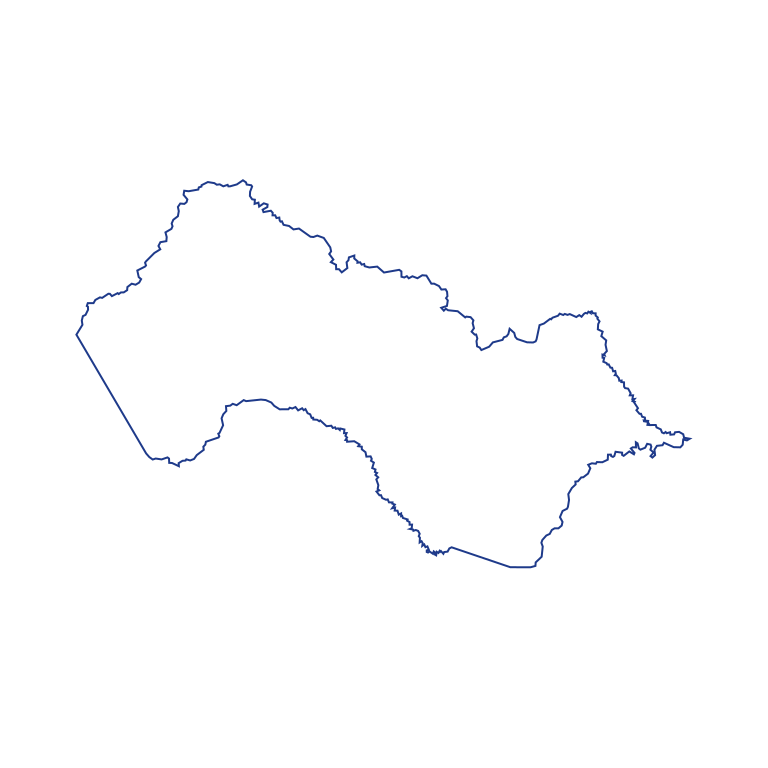 the district of Pauini, Amazonas, Brazil, rotated 19°
{"feature_id": "56859067B82057358167154", "entity_name": "Pauini", "entity_type": "district", "adm_level": 2, "iso_a3": "BRA", "parent_name": "Brazil", "parent_adm1": "Amazonas", "projection": "albers", "projection_center": [-67.726, -7.765], "detail": "fine", "context": "isolated", "style": "outline", "palette": "blue", "viewbox_px": 768, "rotation_deg": 19, "n_neighbors": 0, "source": "geoboundaries", "source_scale": "gbopen_adm2", "svg_char_len": 6148}
<svg xmlns="http://www.w3.org/2000/svg" viewBox="0 0 768 768"><g transform="rotate(19 384 384)"><path d="M77.1,437.5L181.7,527.1L185.9,529.5L189.9,530.7L192.4,528.8L198.3,527.7L203.2,523.9L205.0,524.5L206.6,528.5L209.3,527.7L216.8,528.5L215.6,525.7L218.5,522.2L221.3,521.0L221.6,519.6L225.6,519.4L228.8,516.7L230.1,512.2L235.0,504.9L233.6,502.1L234.8,499.5L234.4,496.6L245.0,488.4L245.3,487.0L243.5,484.9L244.4,483.8L245.3,475.4L241.6,469.3L241.9,464.9L243.7,460.8L241.8,456.4L245.7,454.5L247.4,452.0L251.6,452.0L256.6,444.9L259.2,445.1L272.7,438.8L277.4,437.7L283.5,438.2L287.3,440.4L293.6,441.9L301.8,439.0L302.6,437.1L305.3,437.0L307.8,434.6L311.4,436.9L314.5,433.6L316.6,434.9L317.9,433.3L321.3,436.5L324.1,436.7L326.6,439.6L328.0,439.0L328.7,440.6L332.4,439.6L334.9,440.3L335.6,439.2L343.4,442.6L347.8,440.6L349.9,442.2L351.9,440.9L353.2,442.1L355.0,440.9L357.2,441.9L357.1,440.3L361.4,439.9L362.2,443.5L364.6,442.6L364.4,445.6L366.5,446.6L365.8,449.5L367.4,449.2L367.9,450.6L374.5,447.8L380.5,449.1L379.9,451.2L383.4,450.5L384.3,453.0L388.7,454.5L391.0,458.4L394.9,456.8L396.8,458.8L396.7,460.8L400.0,461.6L400.2,467.3L403.8,467.6L404.0,470.1L406.4,470.4L405.5,472.8L408.9,474.1L407.8,476.7L411.6,481.5L412.2,485.4L414.1,486.1L411.9,488.1L415.9,490.7L417.4,490.1L419.4,492.4L423.6,492.8L425.1,491.9L427.2,494.3L430.6,493.2L430.8,494.4L433.5,494.5L432.2,498.8L434.7,497.2L435.3,500.2L438.0,499.4L440.5,502.7L442.3,500.8L443.2,503.4L444.1,502.7L445.5,504.5L450.4,504.4L450.3,505.7L453.1,506.2L454.0,508.7L456.3,507.8L457.2,511.4L455.8,512.6L459.0,512.2L459.6,513.2L461.6,511.7L464.1,511.8L466.5,514.0L466.4,516.6L468.0,517.6L469.3,522.2L470.7,520.4L472.4,521.9L472.9,524.6L474.3,522.6L476.3,524.8L477.9,523.4L480.3,526.1L478.6,527.4L479.1,528.9L480.5,529.0L481.5,527.5L485.5,528.6L485.5,526.1L487.4,526.7L487.6,528.7L489.1,529.0L488.5,525.5L490.5,526.0L490.9,523.7L491.8,524.3L492.2,523.4L495.4,525.2L495.6,523.3L498.7,521.8L499.3,518.2L501.1,516.4L563.1,516.1L582.2,509.6L586.4,506.7L585.5,503.3L589.3,496.0L587.0,486.0L584.5,482.9L584.5,479.9L586.8,474.4L589.5,471.8L590.2,467.4L592.3,464.9L595.9,463.7L598.1,460.0L597.7,456.3L593.7,452.6L594.2,445.9L597.7,442.3L597.9,440.2L596.7,433.4L594.1,428.1L595.5,421.1L597.9,416.6L596.7,414.0L599.1,412.8L600.9,408.1L602.8,407.3L606.1,402.3L606.5,396.5L603.4,393.9L606.4,391.3L610.3,390.4L610.7,388.5L615.9,386.9L620.2,382.7L618.8,377.9L621.5,376.9L622.3,378.2L624.2,378.4L625.2,377.1L625.0,372.7L631.5,371.4L632.2,373.5L634.0,373.9L637.9,367.9L643.2,369.1L643.3,367.6L638.4,364.6L639.7,362.9L642.9,361.9L641.1,357.1L643.1,357.6L645.9,361.9L647.8,362.6L651.7,359.2L652.3,354.9L655.8,354.5L657.2,356.3L657.3,359.4L661.2,361.0L659.5,365.4L661.7,366.2L663.5,363.0L661.1,358.1L662.2,353.6L667.3,351.2L667.8,348.4L678.5,349.4L684.8,347.4L686.2,344.2L685.0,339.1L688.8,338.7L690.9,336.2L685.2,337.1L683.3,334.1L678.6,333.2L674.9,334.9L674.7,337.2L671.3,338.7L670.2,336.5L667.3,338.5L665.9,337.7L664.7,339.5L662.6,339.3L660.5,336.8L655.8,336.3L654.3,334.3L648.6,336.3L647.2,335.2L647.5,336.6L646.4,336.9L645.8,332.9L644.2,333.3L644.9,334.1L641.9,334.6L641.5,333.9L642.9,333.8L641.6,330.8L638.7,330.9L636.7,328.5L635.3,329.0L631.2,326.6L632.0,324.2L626.5,320.0L626.8,319.2L624.8,319.3L625.8,316.6L623.8,317.6L623.2,313.6L620.1,314.7L620.2,312.4L616.3,308.9L613.3,309.4L611.9,308.4L610.4,304.3L607.8,304.9L607.5,303.4L605.4,304.3L604.1,302.0L601.0,300.1L599.4,300.5L599.8,298.7L598.4,296.4L596.5,297.4L594.4,294.4L592.7,294.8L590.1,292.3L588.8,292.9L587.7,291.8L584.1,291.5L583.7,287.7L582.1,288.0L581.0,285.1L583.4,285.1L582.4,283.9L584.0,280.3L580.7,274.8L579.9,270.4L573.9,268.0L573.7,263.3L568.4,262.7L567.0,257.6L567.4,254.6L564.5,252.8L564.5,251.5L561.8,250.4L561.1,248.3L558.5,249.1L556.8,247.6L555.6,248.7L556.2,249.7L553.7,249.1L553.2,251.1L551.3,251.2L550.2,252.6L548.9,256.1L546.2,255.3L544.0,258.1L536.9,257.4L535.0,258.9L532.1,258.9L531.0,260.4L527.2,260.3L526.3,262.8L521.7,266.5L521.0,268.4L519.9,268.3L515.5,274.8L511.9,277.7L513.7,292.2L513.5,294.3L511.5,296.2L505.7,298.0L495.2,298.1L492.8,296.7L490.5,293.3L484.8,290.9L485.3,296.2L484.4,299.0L482.1,300.9L481.7,303.7L473.4,309.2L471.3,314.5L465.0,320.2L462.6,318.4L459.8,318.1L457.5,313.4L457.4,310.5L455.0,307.2L453.7,307.8L449.8,306.0L450.9,302.0L448.0,297.6L447.8,294.7L444.1,292.6L439.9,293.5L439.1,294.6L430.0,291.2L420.6,293.4L417.9,292.7L416.7,295.2L413.3,293.3L418.1,289.7L417.1,284.2L414.7,282.6L415.4,280.3L413.6,276.3L411.4,274.4L407.5,276.0L404.1,273.5L398.7,272.8L396.1,273.7L388.8,267.7L384.8,268.7L381.2,273.1L375.8,272.9L373.0,276.0L370.5,274.6L368.5,276.7L365.6,276.9L363.8,271.9L361.2,271.1L347.7,278.6L339.4,275.2L332.2,278.6L327.4,278.9L326.2,277.0L324.0,278.4L321.8,276.7L319.4,278.0L319.1,276.6L315.0,275.0L314.1,272.2L309.6,275.7L310.1,278.5L309.0,281.1L311.6,286.3L307.7,292.2L304.0,290.1L301.4,291.0L299.8,286.9L294.1,286.1L295.6,282.8L289.9,278.9L290.8,275.8L288.7,272.3L279.5,265.5L272.6,265.4L269.4,268.0L266.5,268.7L253.0,264.7L248.1,267.3L242.8,265.5L237.2,266.2L234.5,263.4L233.3,264.2L232.1,263.3L230.8,260.7L228.3,262.1L226.2,259.9L223.7,260.8L223.0,258.3L220.6,257.0L214.1,260.7L212.5,258.7L216.1,254.7L215.5,252.2L211.5,252.3L208.2,256.9L206.2,253.4L203.0,255.8L201.9,251.8L199.2,252.3L196.0,249.9L194.8,245.8L195.0,240.2L193.8,239.3L189.2,240.1L187.9,238.3L184.3,237.3L179.9,243.2L174.1,247.2L172.5,247.8L171.3,246.6L167.7,249.4L163.7,248.7L161.0,250.0L158.2,249.3L151.7,250.4L146.8,255.4L147.1,256.8L144.9,258.4L145.1,260.6L136.6,265.3L132.2,266.3L132.9,270.4L138.0,273.5L138.1,276.4L136.6,278.7L132.6,279.7L131.5,283.7L133.7,287.4L134.5,292.5L131.3,297.3L131.0,301.4L132.7,303.7L132.5,306.5L128.0,311.8L130.7,315.8L131.7,319.8L126.4,322.7L125.8,326.9L128.6,329.5L124.2,334.9L118.9,345.8L118.6,347.1L120.4,349.4L119.8,350.8L113.8,357.0L117.3,362.8L120.2,363.9L119.5,367.8L116.8,371.0L112.8,371.3L109.8,375.9L110.6,378.9L108.1,382.1L105.4,383.1L103.9,385.3L102.6,384.8L98.1,389.5L95.5,388.0L94.0,388.4L89.5,394.3L87.2,394.6L83.7,398.5L83.0,402.1L77.6,404.0L77.6,407.0L78.9,407.3L80.0,410.1L79.3,415.8L77.2,417.9L77.6,422.4L79.6,426.2L77.1,437.5Z" fill="none" stroke="#1e3a8a" stroke-width="2"/></g></svg>